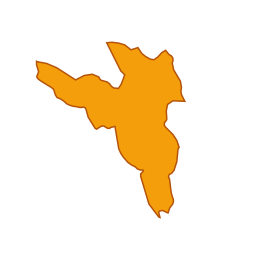 map outline of Jura (orthographic projection), rotated 69°
{"feature_id": "CHE-160", "entity_name": "Jura", "entity_type": "Canton", "adm_level": 1, "iso_a3": "CHE", "parent_name": "Switzerland", "parent_adm1": "", "projection": "orthographic", "projection_center": [7.156, 47.327], "detail": "fine", "context": "isolated", "style": "filled", "palette": "amber", "viewbox_px": 256, "rotation_deg": 69, "n_neighbors": 0, "source": "natural_earth", "source_scale": "10m", "svg_char_len": 1677}
<svg xmlns="http://www.w3.org/2000/svg" viewBox="0 0 256 256"><g transform="rotate(69 128 128)"><path d="M78.6,61.1L81.0,61.7L83.4,63.5L90.2,64.5L103.2,62.3L109.4,63.6L112.8,65.5L113.3,65.6L116.3,66.1L123.4,65.4L118.7,76.4L120.2,82.7L125.9,86.2L133.6,88.6L134.7,89.5L135.4,90.9L136.5,92.3L138.5,93.1L140.3,92.8L150.2,88.4L157.1,86.9L164.4,87.2L165.1,88.3L165.9,89.0L176.9,94.5L184.0,100.2L185.8,103.2L186.3,106.3L187.2,107.1L188.0,107.6L190.8,107.6L203.6,110.8L208.7,111.3L210.6,111.2L212.8,111.9L215.0,113.5L217.5,117.6L221.7,121.1L217.5,125.1L216.9,127.7L217.1,129.0L218.0,129.6L223.0,130.2L222.3,131.1L206.6,135.7L177.8,133.5L175.2,132.4L174.7,131.0L173.7,129.1L173.0,128.8L172.4,129.5L171.8,131.2L170.9,132.5L169.4,134.0L167.3,134.9L166.1,135.8L165.0,136.9L162.9,138.6L159.9,140.5L153.2,142.9L149.1,143.8L144.1,144.1L121.9,139.6L121.3,143.6L121.7,145.3L121.2,146.7L120.2,147.9L117.5,149.8L117.0,151.0L116.9,151.9L116.9,153.1L117.4,155.9L117.9,157.5L116.6,158.8L103.6,161.3L95.4,160.5L93.7,160.8L92.6,161.9L92.1,164.1L91.9,164.7L91.5,165.7L89.6,168.5L88.3,171.0L86.4,173.6L83.6,176.4L79.4,178.6L76.9,180.4L74.1,183.3L71.3,183.9L65.3,183.6L62.3,185.3L52.8,192.6L49.8,194.4L47.8,194.9L46.7,194.3L45.8,193.3L43.4,191.3L36.1,190.7L33.0,189.5L33.6,189.0L38.7,180.7L46.4,172.8L64.3,159.7L63.3,150.0L65.0,142.1L69.9,137.0L72.3,136.7L73.7,136.1L77.6,130.9L80.3,129.3L83.0,128.6L85.5,127.0L87.6,122.7L84.8,118.8L80.9,115.2L77.0,112.0L72.1,114.3L40.8,117.3L42.2,112.3L45.4,106.3L49.3,101.2L56.1,97.2L56.5,89.9L60.0,89.2L63.4,88.4L67.7,85.9L71.6,82.6L73.6,79.3L72.4,74.7L69.7,69.3L69.0,65.0L73.9,63.5L76.2,61.7L78.6,61.1Z" fill="#f59e0b" stroke="#b45309" stroke-width="1.5"/></g></svg>